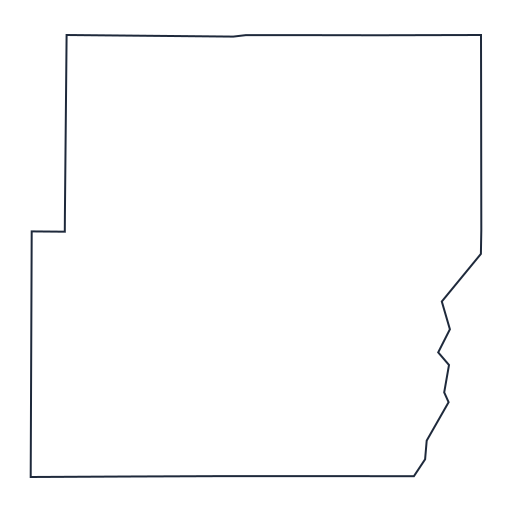 Lafayette, Mississippi, United States of America, rotated 90°
{"feature_id": "52423323B80507694011137", "entity_name": "Lafayette", "entity_type": "district", "adm_level": 2, "iso_a3": "USA", "parent_name": "United States of America", "parent_adm1": "Mississippi", "projection": "natural_earth1", "projection_center": [-89.454, 34.358], "detail": "fine", "context": "isolated", "style": "outline", "palette": "slate", "viewbox_px": 512, "rotation_deg": 90, "n_neighbors": 0, "source": "geoboundaries", "source_scale": "gbopen_adm2", "svg_char_len": 457}
<svg xmlns="http://www.w3.org/2000/svg" viewBox="0 0 512 512"><g transform="rotate(90 256 256)"><path d="M476.1,231.4L476.2,98.1L459.3,86.9L440.6,85.3L402.2,63.4L392.4,67.8L365.0,63.0L352.4,73.8L329.3,62.1L301.5,70.2L253.9,31.1L230.3,30.7L84.1,30.9L35.0,31.0L35.3,149.3L35.2,152.0L35.1,265.9L36.6,278.7L35.0,445.4L215.5,447.1L231.7,447.2L231.4,480.3L477.0,481.3L476.5,381.1L476.1,283.5L476.1,231.4Z" fill="none" stroke="#1e293b" stroke-width="2"/></g></svg>